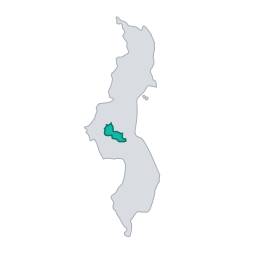 Dowa highlighted on a map of Malawi, rotated 13°
{"feature_id": "MWI-1908", "entity_name": "Dowa", "entity_type": "District", "adm_level": 1, "iso_a3": "MWI", "parent_name": "Malawi", "parent_adm1": "", "projection": "albers", "projection_center": [33.856, -13.529], "detail": "fine", "context": "in_parent", "style": "filled", "palette": "teal", "viewbox_px": 256, "rotation_deg": 13, "n_neighbors": 0, "source": "natural_earth", "source_scale": "10m", "svg_char_len": 4611}
<svg xmlns="http://www.w3.org/2000/svg" viewBox="0 0 256 256"><g transform="rotate(13 128 128)"><path d="M99.5,148.5L98.0,146.5L96.9,147.0L95.2,148.4L94.4,148.8L93.9,148.7L93.6,148.4L93.3,147.5L92.0,144.9L90.6,143.1L89.1,142.4L87.9,141.6L88.4,140.8L89.0,140.2L88.7,139.6L88.0,138.7L85.4,137.5L85.3,136.9L87.6,135.8L89.1,134.5L90.1,133.3L91.4,130.5L92.4,127.8L93.2,126.9L93.4,125.1L93.3,123.1L93.8,120.5L94.0,118.0L93.2,117.1L92.5,115.4L93.3,112.6L94.6,110.7L100.5,108.6L104.6,106.8L105.5,106.0L106.9,104.4L107.6,102.9L107.1,102.4L103.8,102.4L103.0,101.8L100.7,96.5L102.0,90.3L102.1,87.9L102.0,84.9L101.6,82.8L100.6,81.8L99.9,80.7L100.1,77.5L101.1,77.1L103.1,72.9L104.0,70.4L102.9,68.4L101.7,65.5L101.2,63.7L100.8,63.1L101.7,62.0L103.1,60.9L104.7,60.6L106.3,60.1L111.5,54.9L111.6,53.8L110.6,52.1L108.7,49.4L108.3,48.3L108.0,45.1L107.2,44.2L104.4,42.0L102.1,39.8L102.8,37.5L103.2,35.0L102.1,33.6L100.5,32.2L99.4,30.1L99.0,28.5L97.7,27.9L96.5,27.9L95.7,28.9L94.7,28.8L93.6,28.5L93.2,27.1L93.1,25.7L92.4,24.7L91.6,23.3L91.5,22.6L92.0,22.4L93.0,22.3L97.2,25.0L99.8,25.1L102.6,25.6L105.1,28.0L106.3,28.3L108.0,28.0L112.6,27.8L114.4,28.1L116.8,29.5L117.7,29.7L119.2,29.8L119.5,29.4L119.6,28.5L119.4,26.9L119.7,25.9L120.6,24.9L123.1,26.1L129.4,31.4L129.6,32.1L133.6,37.3L134.9,39.6L134.9,40.7L136.1,45.3L136.3,47.5L136.1,49.1L136.1,50.4L136.6,52.3L136.4,53.1L137.8,55.8L138.5,58.1L138.7,60.4L138.2,62.6L137.0,65.8L136.8,67.1L137.0,68.3L137.8,69.5L139.2,70.9L140.2,72.6L140.9,74.5L141.5,75.4L142.2,75.4L143.5,75.7L144.6,76.9L145.8,78.8L146.2,81.0L146.4,81.9L142.9,81.8L138.4,82.2L137.3,83.0L136.9,84.9L135.5,88.9L134.7,90.3L133.1,92.9L130.7,96.7L130.3,97.9L130.3,99.1L131.7,104.2L133.1,109.5L133.6,111.6L134.6,118.7L135.1,123.7L135.2,126.7L135.7,130.6L136.9,132.7L138.3,134.1L143.3,134.9L144.8,135.9L147.6,138.4L153.8,145.4L157.2,149.8L160.1,153.7L165.4,161.0L169.5,166.6L170.0,171.9L170.7,172.7L169.3,176.6L168.3,182.9L168.9,187.1L168.6,194.2L167.8,201.8L166.8,204.5L165.6,205.6L162.7,206.4L156.3,207.3L155.4,208.2L154.6,209.6L153.3,213.1L151.7,216.6L151.3,218.2L151.5,218.5L152.9,220.3L154.2,224.9L154.4,232.8L153.9,233.4L152.1,233.7L150.1,233.6L149.2,233.2L148.5,232.3L148.0,230.6L149.3,229.4L149.8,227.4L148.9,225.6L147.2,225.2L145.1,223.6L140.5,218.3L136.7,214.6L134.5,211.5L132.2,210.3L131.6,209.5L131.0,208.2L131.0,206.3L131.2,205.0L130.5,203.4L128.2,201.0L127.2,199.7L127.1,198.1L128.1,196.6L130.1,194.7L131.6,190.9L132.1,188.5L134.9,183.6L135.3,179.3L135.4,175.9L135.2,173.3L134.5,168.1L134.0,164.5L130.6,159.7L129.5,159.3L126.2,159.7L123.3,160.4L122.0,161.3L119.8,161.4L114.3,162.2L112.6,162.6L111.6,163.4L111.0,163.6L107.5,160.0L104.5,156.0L100.6,149.3L99.5,148.5ZM139.9,96.4L139.0,96.7L138.4,96.2L138.5,94.7L138.9,93.7L139.8,93.5L140.5,93.8L140.9,94.3L140.9,95.0L140.6,95.8L139.9,96.4ZM137.9,93.8L137.3,95.2L136.2,95.2L135.2,93.9L135.5,92.9L136.5,92.6L137.4,93.0L137.9,93.8Z" fill="#d9dde1" stroke="#a8b0b8" stroke-width="1"/><path d="M123.8,134.5L124.2,136.5L124.2,136.9L124.1,137.3L124.0,137.5L123.9,137.7L123.9,137.8L124.2,138.0L124.4,138.1L125.6,139.3L125.8,139.5L126.0,139.6L126.5,139.7L127.7,139.1L127.8,139.1L128.0,139.1L128.3,139.5L128.3,139.8L128.2,140.0L128.3,140.4L128.4,140.6L128.7,140.7L128.8,140.9L128.8,141.0L128.8,141.3L128.7,141.4L128.5,141.5L128.4,141.6L128.0,141.7L127.8,141.7L127.6,141.8L127.4,142.0L126.6,142.5L126.3,142.5L125.3,142.4L125.0,142.4L124.7,142.6L124.4,142.8L123.9,143.0L123.3,143.1L122.0,143.2L121.6,143.0L121.3,142.8L121.2,142.6L120.9,142.3L120.6,142.1L120.4,142.0L119.9,141.9L119.1,141.6L118.4,141.4L118.0,141.4L117.7,141.4L116.4,141.6L115.5,141.6L115.0,141.5L114.7,141.2L114.6,140.8L114.5,140.2L114.3,139.6L114.2,139.3L114.2,139.1L114.1,138.8L113.8,138.8L109.6,140.0L108.0,140.0L106.8,139.3L106.5,138.9L106.4,138.5L106.3,138.2L105.9,136.1L105.9,135.7L106.1,134.7L105.9,134.3L105.8,134.2L105.3,133.9L105.8,132.9L106.0,132.3L106.3,131.8L106.4,131.6L106.6,131.0L106.6,130.8L106.6,130.7L106.5,130.4L106.4,130.2L106.3,129.9L106.3,129.7L106.5,129.6L106.9,129.6L107.0,129.7L107.1,129.8L107.3,130.0L107.6,130.1L107.9,130.1L108.1,130.1L108.4,129.7L108.6,129.5L108.9,129.0L109.0,128.9L109.4,128.6L109.7,128.5L109.8,128.3L109.9,128.1L110.1,127.5L110.5,127.1L110.7,128.1L110.9,128.2L111.1,128.4L111.4,128.5L111.8,128.8L112.5,129.5L112.8,130.1L113.1,130.6L113.7,132.1L113.8,132.5L113.9,133.7L114.0,134.2L114.1,134.4L114.2,134.5L114.4,134.6L115.8,134.6L117.3,134.1L117.6,134.0L118.0,134.0L118.4,134.1L119.1,134.4L119.4,134.4L120.2,134.4L120.6,134.4L122.1,135.0L122.4,135.0L122.6,135.0L122.8,135.0L123.5,134.7L123.8,134.5Z" fill="#14b8a6" stroke="#0f766e" stroke-width="1.5"/></g></svg>